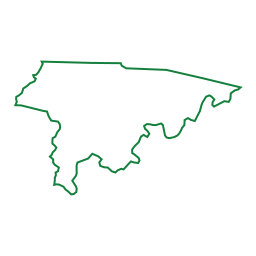 the district of Três Ranchos, Goiás, Brazil
{"feature_id": "56859067B84433835095202", "entity_name": "Três Ranchos", "entity_type": "district", "adm_level": 2, "iso_a3": "BRA", "parent_name": "Brazil", "parent_adm1": "Goiás", "projection": "mercator", "projection_center": [-47.783, -18.367], "detail": "fine", "context": "isolated", "style": "outline", "palette": "green", "viewbox_px": 256, "rotation_deg": 0, "n_neighbors": 0, "source": "geoboundaries", "source_scale": "gbopen_adm2", "svg_char_len": 1760}
<svg xmlns="http://www.w3.org/2000/svg" viewBox="0 0 256 256"><path d="M240.6,87.4L202.2,78.1L198.2,77.2L166.4,69.9L126.2,68.3L121.8,65.8L120.7,63.2L90.4,62.9L87.3,62.8L41.7,61.6L42.7,63.8L40.8,68.0L38.4,72.2L36.2,74.8L33.2,75.2L34.0,77.4L35.8,78.6L34.6,81.2L32.6,82.2L30.1,83.2L27.4,85.7L23.3,88.5L21.9,92.9L19.1,95.3L16.3,96.8L16.1,99.1L16.8,101.7L15.4,105.2L21.2,105.4L42.8,110.8L47.0,111.5L48.7,116.4L51.2,120.6L58.0,121.6L59.7,124.1L60.2,127.0L59.6,129.5L57.6,131.7L55.3,136.7L52.6,138.2L52.4,141.1L52.4,143.6L54.5,145.4L56.4,147.5L55.2,149.9L52.7,152.4L51.8,154.7L49.9,156.6L53.2,159.4L53.1,162.5L54.7,164.7L58.8,167.5L58.0,171.2L55.6,172.5L55.9,175.3L54.8,177.8L54.8,180.8L54.2,184.8L56.4,184.3L59.1,184.6L63.5,186.7L65.6,189.6L68.0,191.3L71.2,194.4L73.8,194.0L76.3,192.0L76.7,188.6L76.0,186.5L72.3,180.7L75.9,175.8L76.7,173.4L76.6,168.8L76.6,165.5L77.5,162.5L88.2,158.5L92.3,153.8L98.2,156.3L101.6,159.3L99.3,162.3L100.3,165.9L104.2,167.3L107.7,167.5L112.0,171.4L115.4,172.5L117.6,170.4L121.2,168.8L123.6,169.4L128.1,164.4L131.0,161.4L133.6,162.4L138.1,163.0L139.5,160.5L138.8,158.1L134.6,154.6L132.2,153.0L132.1,149.6L134.5,146.3L138.8,142.1L139.9,139.2L141.0,136.6L143.6,134.9L147.3,137.0L149.3,133.8L147.5,131.0L145.0,128.7L144.1,126.0L146.8,124.1L150.1,124.3L153.1,125.0L155.7,125.1L161.2,123.5L162.9,125.1L165.0,135.4L166.6,137.5L169.0,138.1L171.2,137.8L174.4,137.0L177.2,135.6L179.0,133.8L180.7,131.0L182.1,127.8L184.4,125.1L184.6,120.1L187.9,118.1L190.9,119.9L194.8,121.0L199.9,111.1L201.4,105.4L202.5,102.5L206.1,96.7L209.4,95.4L211.5,96.6L214.3,99.4L212.6,102.3L212.3,104.9L214.0,106.6L220.7,103.1L224.3,101.2L228.7,101.9L230.4,98.8L230.8,93.3L232.9,91.8L234.9,90.3L237.9,89.6L240.6,87.4Z" fill="none" stroke="#15803d" stroke-width="2"/></svg>